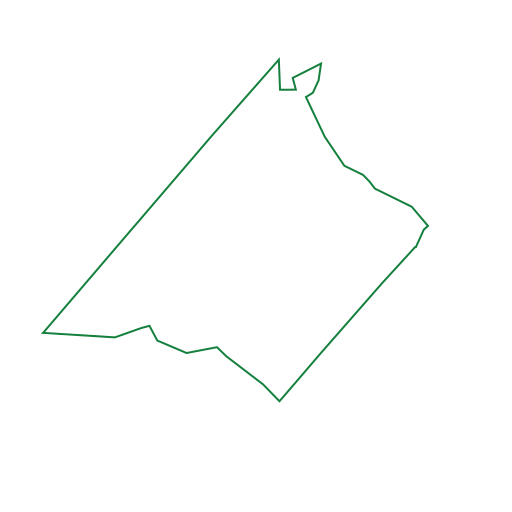 the district of Gaston, North Carolina, United States of America, rotated 308°
{"feature_id": "52423323B27279553412365", "entity_name": "Gaston", "entity_type": "district", "adm_level": 2, "iso_a3": "USA", "parent_name": "United States of America", "parent_adm1": "North Carolina", "projection": "natural_earth1", "projection_center": [-81.166, 35.285], "detail": "fine", "context": "isolated", "style": "outline", "palette": "green", "viewbox_px": 512, "rotation_deg": 308, "n_neighbors": 0, "source": "geoboundaries", "source_scale": "gbopen_adm2", "svg_char_len": 715}
<svg xmlns="http://www.w3.org/2000/svg" viewBox="0 0 512 512"><g transform="rotate(308 256 256)"><path d="M424.8,153.1L324.5,147.2L211.1,142.1L198.6,141.5L67.3,135.7L65.3,135.6L64.3,135.5L105.0,194.9L128.7,210.0L135.4,215.0L128.6,230.3L136.8,261.0L160.1,281.4L159.6,286.4L158.7,294.5L159.0,321.9L159.0,323.8L159.2,340.5L156.0,363.9L182.9,365.2L198.2,365.9L201.2,366.0L218.2,366.8L219.9,366.9L292.8,371.0L312.5,372.1L313.6,372.2L336.7,374.0L361.0,375.9L361.5,376.5L380.1,372.0L385.6,373.0L390.7,348.4L382.3,308.3L384.6,299.3L385.8,290.5L381.5,270.1L392.3,236.7L412.0,197.5L419.6,200.3L432.9,197.2L447.7,188.8L419.0,175.3L411.6,185.0L401.8,172.6L424.8,153.1Z" fill="none" stroke="#15803d" stroke-width="2"/></g></svg>